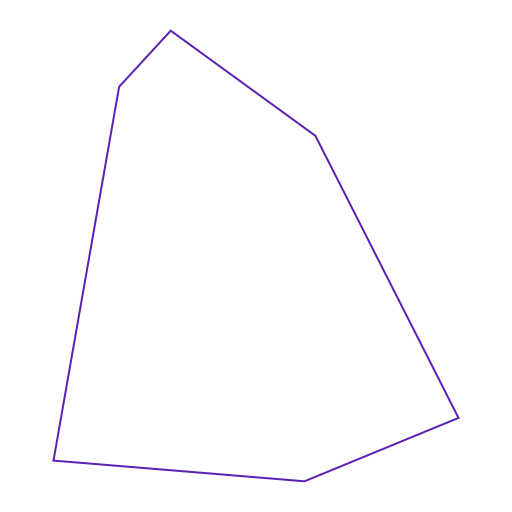 the border of Saint Thomas Lowland
{"feature_id": "KNA-5110", "entity_name": "Saint Thomas Lowland", "entity_type": "Parish", "adm_level": 1, "iso_a3": "KNA", "parent_name": "Saint Kitts and Nevis", "parent_adm1": "", "projection": "albers", "projection_center": [-62.608, 17.164], "detail": "fine", "context": "isolated", "style": "outline", "palette": "violet", "viewbox_px": 512, "rotation_deg": 0, "n_neighbors": 0, "source": "natural_earth", "source_scale": "10m", "svg_char_len": 207}
<svg xmlns="http://www.w3.org/2000/svg" viewBox="0 0 512 512"><path d="M53.5,460.6L119.1,86.8L170.7,30.7L315.4,135.8L458.5,417.9L304.4,481.3L53.5,460.6Z" fill="none" stroke="#5b21b6" stroke-width="2"/></svg>